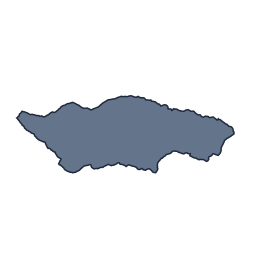 Chhume, Bumthang, Bhutan, rotated 326°
{"feature_id": "84629894B49965990869274", "entity_name": "Chhume", "entity_type": "district", "adm_level": 2, "iso_a3": "BTN", "parent_name": "Bhutan", "parent_adm1": "Bumthang", "projection": "mercator", "projection_center": [90.767, 27.465], "detail": "fine", "context": "isolated", "style": "filled", "palette": "slate", "viewbox_px": 256, "rotation_deg": 326, "n_neighbors": 0, "source": "geoboundaries", "source_scale": "gbopen_adm2", "svg_char_len": 5838}
<svg xmlns="http://www.w3.org/2000/svg" viewBox="0 0 256 256"><g transform="rotate(326 128 128)"><path d="M41.4,57.5L41.7,60.5L41.9,62.2L41.7,63.0L42.1,65.4L41.8,66.7L42.3,67.1L42.4,68.1L42.6,69.3L42.2,69.9L42.2,70.1L42.3,71.0L42.7,71.7L42.7,73.0L43.3,73.8L43.7,74.6L43.9,75.3L44.9,76.9L44.9,77.6L45.0,78.0L46.3,79.8L46.7,80.7L46.8,81.0L46.3,82.1L46.3,82.8L46.7,84.1L46.6,85.2L47.0,85.8L47.1,87.4L47.7,88.3L47.9,88.8L49.2,90.7L49.9,92.0L50.4,92.5L51.2,92.8L51.3,93.6L50.8,95.1L50.8,95.6L50.7,96.5L50.5,97.0L50.5,97.8L50.2,99.5L50.4,100.3L51.0,100.6L51.7,101.2L51.9,101.8L52.0,103.5L52.5,104.0L52.7,104.7L52.7,105.3L53.4,106.5L54.2,107.4L54.2,107.6L53.7,108.0L53.6,110.6L53.5,112.4L53.9,113.4L55.1,115.8L55.2,116.2L54.6,116.7L53.0,117.3L50.8,118.8L50.4,119.0L50.6,119.9L51.0,121.0L51.7,122.1L52.0,123.9L52.4,125.1L52.2,126.4L52.5,127.7L53.3,129.3L54.0,130.5L54.5,131.1L55.2,132.2L55.8,132.8L56.8,133.4L57.0,134.1L59.9,135.4L61.5,135.4L63.0,135.8L64.4,135.8L65.1,135.7L66.2,135.4L67.4,135.3L69.4,135.0L70.8,135.1L74.0,136.5L75.6,136.9L76.3,137.3L76.4,137.7L76.4,138.8L75.9,139.5L76.0,140.5L76.3,141.1L76.4,141.9L77.1,143.0L78.2,143.4L79.6,144.1L79.8,144.6L81.4,145.1L83.0,145.2L85.2,146.6L86.1,146.4L91.4,147.2L93.1,149.9L93.8,150.0L94.4,150.2L95.2,150.7L95.8,150.9L96.1,150.9L97.2,151.1L100.3,151.4L101.0,151.7L101.3,152.0L101.3,152.7L101.1,153.2L101.2,153.6L102.2,154.5L103.5,155.7L104.0,156.8L104.6,157.6L104.9,158.9L106.6,158.8L107.8,158.8L109.1,160.3L109.9,161.6L110.8,162.5L111.7,163.4L112.4,164.6L112.9,165.2L113.0,166.2L112.9,166.7L113.2,167.8L113.5,168.2L114.1,168.7L115.3,169.3L116.7,169.2L117.0,169.4L117.3,170.0L117.1,170.9L118.7,172.7L119.2,172.9L120.0,172.7L121.7,173.2L122.5,173.3L122.8,174.0L123.3,174.6L123.4,175.2L123.8,176.8L123.8,178.1L124.1,178.6L124.6,179.3L125.9,180.5L126.9,180.2L128.0,179.7L128.8,179.4L130.1,178.2L130.2,177.9L130.1,177.3L131.0,176.4L131.4,175.4L132.1,174.5L133.3,173.5L134.2,173.1L137.2,172.3L138.0,172.0L138.8,171.7L139.5,172.2L140.3,172.1L141.2,171.8L143.3,171.9L145.0,171.5L146.6,172.0L147.5,172.4L149.0,172.7L150.2,172.7L151.2,172.4L152.3,172.2L153.6,173.1L154.2,173.7L155.5,174.5L155.9,175.3L156.2,176.4L156.8,176.8L158.3,179.0L159.4,180.3L159.9,180.7L161.3,180.8L162.6,181.2L163.0,181.8L163.3,182.6L164.4,183.7L165.2,184.2L164.7,184.9L163.8,185.5L164.1,186.2L164.5,186.8L164.8,187.5L165.3,188.2L165.8,189.4L166.6,190.0L167.2,190.8L167.8,191.7L168.9,193.8L169.4,194.2L170.2,194.3L171.3,195.3L172.6,196.1L173.4,197.2L173.7,198.3L174.7,199.7L176.1,199.8L176.5,199.4L177.2,199.3L178.3,197.6L178.9,197.3L179.4,197.3L180.8,197.6L181.9,197.6L183.1,197.2L183.8,196.8L184.5,197.2L185.2,198.1L185.7,199.0L186.2,199.5L187.4,201.1L188.0,200.9L188.9,200.9L190.7,200.2L191.7,199.5L192.8,198.5L193.3,197.7L193.8,196.9L195.2,195.9L196.7,194.9L196.9,194.9L197.3,194.8L197.6,194.6L197.9,194.4L198.5,194.0L199.9,193.3L200.1,193.1L200.3,192.7L201.4,192.3L204.4,192.0L205.9,192.2L207.3,192.2L208.2,192.3L208.7,192.3L209.9,192.2L212.3,192.2L212.9,191.8L213.1,191.1L213.5,190.7L213.6,190.4L213.5,189.3L213.8,188.9L214.2,187.9L214.6,186.9L214.5,186.3L214.4,185.2L214.3,184.9L213.8,184.1L213.1,183.5L212.5,182.9L212.4,181.7L212.2,181.2L212.2,180.5L212.1,180.1L211.4,179.5L211.0,178.8L210.7,177.3L210.1,176.0L209.6,174.4L209.5,173.7L209.2,173.1L209.1,172.6L208.4,172.1L208.1,171.8L208.0,170.8L207.7,170.9L206.6,171.4L206.4,171.4L206.2,171.0L205.8,169.5L205.3,168.3L205.0,167.0L204.7,166.4L204.3,166.2L204.0,166.1L202.5,165.6L201.9,165.2L201.6,165.1L201.2,164.6L200.8,163.1L200.2,162.7L199.7,162.5L199.6,162.3L199.3,161.8L199.0,161.6L198.6,161.4L197.2,161.3L196.5,161.1L196.2,160.8L196.0,160.5L195.5,160.1L195.4,159.8L195.2,159.1L195.2,158.8L195.4,158.1L195.2,157.5L194.7,157.1L193.8,156.6L193.4,156.0L192.9,155.1L192.4,153.9L192.4,153.6L192.1,152.6L192.0,151.3L191.7,150.6L189.7,149.5L188.8,147.9L188.2,146.7L187.9,146.3L187.6,146.1L186.6,145.8L186.3,145.6L185.8,145.4L184.8,145.5L184.2,145.4L182.8,144.8L182.5,144.6L181.8,143.9L181.4,143.2L180.1,142.1L179.6,141.1L179.4,140.3L179.0,139.7L178.3,139.1L178.1,138.9L177.6,138.8L177.4,138.6L176.9,137.8L176.6,137.5L175.9,137.6L175.0,138.1L174.7,138.1L174.1,138.0L174.0,137.5L174.3,136.7L174.1,136.2L172.4,134.9L172.0,134.3L172.2,134.2L172.9,132.7L172.9,131.7L172.5,130.3L172.3,130.2L171.7,129.5L171.3,129.2L170.8,129.0L169.6,128.6L167.5,128.2L167.4,126.3L167.2,125.6L166.1,124.6L166.0,124.2L165.9,124.0L165.9,123.6L165.2,121.5L164.4,120.8L163.7,119.8L162.7,119.2L162.6,118.8L162.6,118.1L162.4,117.7L162.5,117.5L161.5,117.1L160.5,116.2L158.8,114.9L158.4,114.5L158.4,112.6L157.8,111.7L157.4,111.3L156.7,110.9L156.2,110.4L154.9,109.6L154.9,109.2L154.8,108.9L154.4,108.5L154.2,108.1L154.2,107.8L154.2,107.6L153.2,107.2L152.5,107.3L152.1,107.3L151.9,107.1L150.7,105.9L149.0,103.5L147.8,102.5L146.4,102.0L145.5,101.9L144.5,101.3L143.2,100.1L142.0,99.7L140.8,98.6L139.8,97.8L138.4,97.6L136.8,97.0L133.5,96.5L131.2,95.3L130.7,95.2L130.0,94.8L128.8,94.3L127.7,93.7L126.2,93.4L124.4,93.4L121.2,93.2L117.5,93.6L116.4,93.8L115.0,93.9L111.7,93.2L109.9,92.7L108.9,92.6L108.1,92.6L107.7,92.3L107.1,91.9L106.9,91.6L106.6,90.5L106.1,90.0L105.4,88.7L103.8,87.9L103.0,87.2L102.0,86.7L101.5,85.7L100.9,84.7L99.9,81.5L99.5,80.9L98.9,80.3L98.1,78.3L97.0,76.8L96.6,75.9L94.7,75.2L93.9,75.1L93.3,74.9L92.8,74.6L91.0,73.9L88.1,73.7L87.0,73.2L85.3,73.0L84.4,73.0L82.9,73.6L82.1,73.7L81.0,73.6L80.6,73.8L79.6,74.0L78.8,74.0L78.0,74.2L76.9,74.2L76.2,74.1L74.9,73.4L74.5,72.5L72.4,72.1L71.2,72.4L67.8,72.3L66.9,72.1L65.9,72.1L64.7,72.0L64.3,71.6L63.6,70.7L63.5,70.2L63.2,69.7L62.1,69.3L61.5,69.0L61.2,68.1L60.0,67.0L59.2,66.7L57.9,64.8L57.4,64.5L56.4,63.2L55.3,62.6L54.6,62.3L53.5,60.6L53.2,59.5L52.4,58.5L51.6,57.3L50.9,56.4L49.8,55.5L49.7,55.0L49.2,54.9L47.5,55.7L45.9,55.7L45.2,56.3L44.5,57.1L43.3,57.0L42.8,57.3L41.8,57.6L41.4,57.5Z" fill="#64748b" stroke="#1e293b" stroke-width="1.5"/></g></svg>